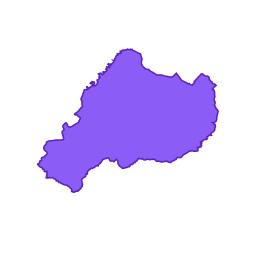 the district of El Tarra, Norte de Santander, Colombia, rotated 229°
{"feature_id": "7082276B68903742800707", "entity_name": "El Tarra", "entity_type": "district", "adm_level": 2, "iso_a3": "COL", "parent_name": "Colombia", "parent_adm1": "Norte de Santander", "projection": "orthographic", "projection_center": [-72.995, 8.694], "detail": "fine", "context": "isolated", "style": "filled", "palette": "violet", "viewbox_px": 256, "rotation_deg": 229, "n_neighbors": 0, "source": "geoboundaries", "source_scale": "gbopen_adm2", "svg_char_len": 5858}
<svg xmlns="http://www.w3.org/2000/svg" viewBox="0 0 256 256"><g transform="rotate(229 128 128)"><path d="M137.7,200.4L137.2,195.8L138.5,193.5L143.7,189.4L145.4,188.6L147.8,186.2L148.2,185.4L148.9,184.7L150.5,184.3L151.2,183.8L153.6,183.3L155.8,182.2L158.6,182.0L160.3,180.4L161.1,180.1L165.1,179.5L167.3,180.2L168.8,181.0L169.2,181.7L169.6,181.9L170.1,183.0L171.0,184.0L173.5,184.8L174.0,185.2L175.8,186.1L177.9,184.9L182.2,183.3L183.4,182.4L183.8,182.6L184.6,182.7L185.3,181.8L185.8,181.7L186.0,180.8L187.0,179.8L188.0,179.3L188.0,178.3L188.7,177.3L188.8,176.4L189.3,175.8L190.0,175.7L190.3,174.9L190.2,174.1L191.1,172.5L191.0,172.4L190.4,172.6L190.2,172.1L189.8,172.5L189.3,172.5L189.0,171.9L189.6,171.2L189.8,170.6L191.0,168.6L190.7,168.5L190.0,168.7L189.7,168.5L190.2,167.3L190.1,166.1L189.2,164.9L189.2,163.7L188.0,162.6L188.1,162.1L188.9,161.2L187.9,161.4L187.1,159.9L187.2,158.7L186.9,157.8L187.5,157.1L186.6,156.6L186.7,156.3L187.8,155.8L189.3,155.7L189.4,155.2L189.2,154.6L188.3,154.8L187.1,153.9L186.2,154.4L185.7,154.3L185.7,153.5L187.0,153.4L187.4,152.6L188.1,152.2L188.2,151.9L187.1,151.6L187.1,150.4L186.8,149.8L185.4,150.3L185.1,150.1L185.3,147.4L186.5,146.4L186.7,145.8L186.4,145.6L185.5,146.0L185.1,145.9L184.9,143.9L185.1,143.7L187.0,143.6L187.6,143.1L187.8,142.1L188.3,141.3L187.7,141.0L186.9,141.2L186.2,140.9L185.6,139.6L184.7,140.1L184.0,137.4L184.5,136.2L183.4,135.4L182.4,135.4L181.3,132.6L181.6,130.6L182.1,129.9L183.0,130.2L183.4,131.8L184.7,132.7L186.6,131.3L186.0,130.7L186.5,130.3L186.8,129.4L186.5,128.8L186.0,128.8L185.6,129.1L185.8,129.8L185.4,130.3L183.1,129.5L182.9,129.0L183.6,128.1L183.6,127.5L183.2,126.9L183.9,125.4L183.4,124.3L183.6,124.1L185.7,124.4L186.2,124.0L185.9,123.6L184.7,123.3L184.0,122.7L184.0,122.0L185.5,120.4L185.4,119.9L181.4,113.1L180.8,111.5L178.2,110.6L176.4,109.1L173.9,107.7L174.1,106.0L173.3,101.4L173.3,99.6L173.7,97.3L173.6,96.8L173.3,96.7L172.5,96.8L171.3,98.0L169.2,98.1L167.1,98.7L166.3,98.0L165.3,95.3L164.7,94.3L165.9,87.9L166.0,86.5L166.4,85.5L167.2,84.4L168.3,83.8L169.0,83.9L171.5,84.8L172.6,84.7L172.8,83.3L172.7,81.2L172.3,80.2L171.8,79.7L168.7,78.8L168.6,76.2L168.1,75.4L162.5,72.7L161.9,72.2L161.8,71.5L163.1,69.2L166.5,65.5L166.9,64.4L170.2,59.6L170.8,57.4L169.5,55.3L169.3,53.0L168.4,51.4L167.5,50.9L166.4,50.5L162.9,50.9L162.2,50.7L161.8,50.2L161.5,49.5L161.5,47.2L161.1,45.9L161.3,45.1L161.9,44.5L162.2,43.3L161.8,42.5L160.3,41.7L160.4,41.0L160.9,40.0L160.8,39.5L159.6,38.4L160.1,36.4L160.0,36.0L159.0,35.9L158.4,36.3L157.3,35.8L155.7,36.3L154.4,37.1L152.9,36.6L152.2,37.2L151.6,37.4L150.8,37.0L150.6,36.5L150.1,36.4L149.2,36.8L148.4,38.3L147.2,37.5L145.9,35.6L144.9,35.6L144.4,35.2L144.3,34.4L144.6,33.9L144.2,33.6L143.6,33.8L142.6,34.9L142.4,35.7L141.2,36.8L140.6,37.9L139.7,38.6L138.5,38.7L137.2,39.5L136.7,39.5L136.1,39.7L135.1,39.1L134.0,40.5L133.1,40.1L132.1,40.1L131.5,41.0L130.5,41.1L129.5,41.7L128.8,41.7L128.5,42.0L128.0,42.1L126.3,43.0L125.8,43.7L125.0,44.1L124.5,44.6L123.3,44.5L122.6,44.9L120.0,45.1L119.3,45.3L118.1,44.8L117.1,43.8L116.6,44.6L115.6,44.4L114.9,45.1L114.6,46.0L114.7,46.4L114.1,47.4L114.0,48.0L113.4,48.5L113.5,48.9L113.2,49.2L113.4,50.0L113.2,50.5L113.4,50.7L113.2,52.0L113.6,52.7L113.6,53.3L114.0,54.2L113.9,55.1L114.7,55.7L115.1,56.7L117.4,57.7L118.0,58.3L119.0,58.5L119.3,58.8L119.8,60.4L119.7,62.4L119.3,63.0L119.3,64.4L120.8,66.2L120.2,66.5L120.0,66.9L121.0,68.2L121.8,68.9L121.7,70.4L122.1,70.9L121.7,72.1L121.7,74.2L121.5,74.5L120.8,74.7L120.6,76.1L120.2,76.8L120.4,78.0L120.2,79.5L119.0,80.7L119.7,81.6L119.5,83.8L119.8,85.6L120.7,88.0L119.9,90.5L119.0,92.1L119.0,93.0L118.4,93.5L116.7,93.4L115.0,92.9L114.6,93.1L112.9,95.0L111.8,95.2L111.8,96.7L112.2,98.4L111.7,98.7L109.4,98.6L108.0,97.2L106.1,96.7L104.2,96.7L102.9,97.2L101.3,97.3L100.9,97.6L98.8,101.6L98.5,103.1L97.9,103.6L98.1,104.9L98.5,105.6L98.4,106.6L97.6,107.3L97.8,107.8L97.6,108.2L98.0,108.7L97.8,109.2L98.0,109.6L97.8,110.2L97.3,110.5L97.7,110.9L97.8,111.9L97.5,112.3L97.7,112.9L97.4,113.5L98.1,114.7L97.8,115.2L98.2,116.2L97.1,116.6L96.2,117.7L95.6,117.9L95.4,118.9L94.2,118.8L93.3,119.2L92.2,120.8L91.4,122.8L89.7,123.5L89.4,124.6L87.9,126.3L87.9,126.9L86.2,127.7L85.8,127.5L84.9,127.5L83.9,127.9L83.4,128.8L81.8,130.1L80.1,131.1L79.1,133.3L78.3,134.0L77.3,135.7L75.8,136.1L74.9,136.9L74.2,137.1L73.9,137.7L74.1,139.6L73.1,141.8L73.2,143.0L72.7,143.6L72.8,144.0L73.4,144.9L73.4,145.9L72.1,147.0L71.0,148.9L71.2,151.3L71.5,152.3L70.8,154.4L70.7,156.3L70.4,157.0L70.4,158.7L69.3,160.4L69.2,161.1L66.7,162.9L64.9,165.6L65.5,166.4L66.2,166.7L66.8,167.4L67.8,167.6L66.7,168.7L67.0,169.9L65.9,170.4L66.4,172.1L66.7,172.3L67.5,172.0L67.7,172.7L68.2,172.9L68.0,173.5L68.3,173.8L68.8,173.9L69.5,173.4L69.9,173.4L69.2,175.6L69.1,176.2L69.4,176.6L69.2,178.2L68.5,179.1L68.0,179.3L67.8,180.0L67.9,181.0L68.5,181.0L69.6,181.6L69.1,182.9L69.5,183.7L69.0,185.2L68.8,185.5L68.0,185.7L67.7,186.1L68.5,186.2L69.0,186.9L69.8,187.5L69.3,189.0L69.2,190.4L69.8,192.5L71.0,193.3L71.6,194.9L73.2,195.9L73.2,195.7L73.7,195.6L73.9,195.2L74.7,195.8L75.6,195.9L76.0,195.5L76.5,195.4L75.8,196.1L75.7,197.0L75.4,197.5L75.3,199.0L76.4,200.7L77.3,201.4L78.3,202.6L81.6,207.1L83.6,207.5L84.5,207.1L84.9,207.1L86.0,207.8L88.3,208.0L89.3,209.7L90.6,210.9L92.0,211.1L92.8,211.6L94.5,213.5L94.6,214.2L96.4,215.1L96.7,215.8L97.3,215.9L97.8,216.6L99.3,217.5L100.0,217.4L100.5,217.6L101.0,216.8L101.6,216.8L102.0,217.4L101.9,217.9L102.4,219.2L102.2,220.8L102.5,221.7L102.3,222.4L103.1,222.4L103.4,222.0L104.2,222.3L105.9,221.0L107.7,221.6L108.9,221.1L110.1,221.4L111.1,221.0L112.7,222.3L113.9,222.4L115.0,222.1L115.6,221.2L117.6,220.0L120.0,219.8L120.8,218.6L120.3,216.1L120.5,214.8L120.0,213.7L120.0,210.8L119.4,209.9L119.8,208.7L118.5,207.3L118.4,205.2L118.1,204.6L119.8,203.4L121.5,203.4L121.7,202.4L122.2,202.1L123.4,202.1L128.4,199.8L137.7,200.4Z" fill="#8b5cf6" stroke="#5b21b6" stroke-width="1.5"/></g></svg>